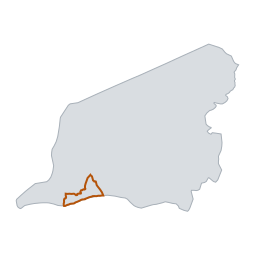 Ras Al Ain, Hasaka (Al Haksa), Syria (highlighted), rotated 187°
{"feature_id": "27442178B16567144851356", "entity_name": "Ras Al Ain", "entity_type": "district", "adm_level": 2, "iso_a3": "SYR", "parent_name": "Syria", "parent_adm1": "Hasaka (Al Haksa)", "projection": "albers", "projection_center": [39.989, 36.654], "detail": "fine", "context": "in_parent", "style": "outline", "palette": "amber", "viewbox_px": 256, "rotation_deg": 187, "n_neighbors": 0, "source": "geoboundaries", "source_scale": "gbopen_adm2", "svg_char_len": 4219}
<svg xmlns="http://www.w3.org/2000/svg" viewBox="0 0 256 256"><g transform="rotate(187 128 128)"><path d="M34.4,84.9L36.6,85.3L41.4,88.4L42.2,88.4L43.8,84.5L45.3,83.3L48.3,82.2L49.4,76.0L50.9,74.8L52.6,74.2L55.2,74.2L57.4,73.9L57.6,72.8L54.7,65.4L55.1,63.6L56.8,56.3L57.9,53.5L58.8,52.6L62.4,53.1L67.3,54.5L68.5,56.7L70.9,58.6L74.6,58.6L78.8,59.1L82.1,59.3L84.7,58.0L90.7,55.7L93.7,55.0L96.4,53.9L105.0,50.1L108.4,50.4L110.8,51.0L112.6,51.7L116.6,54.5L119.9,57.3L122.2,58.2L126.4,58.2L132.5,58.8L140.0,58.8L144.3,58.0L149.9,56.7L159.8,53.4L172.9,46.5L180.5,43.1L183.8,42.7L188.1,42.6L192.4,43.5L197.3,44.0L199.5,43.9L204.8,43.2L211.6,41.7L215.9,40.4L221.0,38.5L224.2,35.3L225.2,34.9L226.6,35.5L227.2,35.7L228.6,37.4L230.0,41.9L230.1,42.4L229.8,43.7L226.5,47.6L222.0,52.7L218.8,56.0L213.3,61.5L209.2,62.7L202.1,64.8L200.3,66.7L198.6,69.8L197.6,74.0L197.3,76.6L197.2,81.5L198.9,86.5L200.6,91.3L200.8,94.5L200.7,97.7L199.2,101.1L197.6,105.7L196.7,111.0L196.3,120.8L196.4,129.1L196.3,130.5L193.4,136.4L190.0,143.3L188.4,144.9L180.8,147.0L172.5,152.1L163.2,157.8L154.7,162.9L145.7,168.3L136.4,173.8L129.8,177.7L120.8,182.9L112.6,187.9L104.3,192.9L98.0,196.7L88.3,202.7L82.6,206.2L74.2,211.3L66.8,215.8L58.1,221.1L47.3,219.0L44.0,217.9L41.3,215.2L39.3,213.7L34.2,212.0L31.2,206.9L29.3,205.1L25.9,204.2L27.5,201.0L27.9,198.9L29.5,196.4L28.6,194.7L28.3,191.1L27.7,190.2L27.5,189.3L28.1,188.1L27.9,187.0L27.4,186.4L27.2,184.6L26.8,183.3L27.1,181.7L27.9,180.7L28.7,178.7L29.7,178.1L31.1,176.9L31.6,175.7L32.9,174.4L34.7,173.4L35.1,172.6L34.9,172.1L33.2,171.1L32.3,169.4L33.2,167.0L33.8,166.3L34.9,165.1L37.3,163.4L39.1,163.2L40.6,163.3L43.2,163.5L45.3,163.9L45.8,163.5L45.7,162.9L43.3,161.3L43.2,160.2L43.9,158.9L45.7,157.0L47.9,155.7L49.0,155.4L51.5,152.6L53.2,149.4L51.0,141.4L49.5,140.1L47.1,138.9L45.6,138.7L45.5,138.2L47.6,136.2L49.0,134.5L47.5,132.8L44.9,131.9L43.8,133.6L40.3,133.6L34.9,133.4L32.9,124.9L32.7,121.3L32.9,117.1L34.8,111.0L34.2,108.1L34.2,106.2L33.9,103.6L29.9,97.7L32.6,87.4L34.4,84.9Z" fill="#d9dde1" stroke="#a8b0b8" stroke-width="1"/><path d="M181.8,55.2L181.7,54.7L181.7,53.9L181.5,53.1L181.1,52.2L181.0,51.5L181.1,51.2L181.2,50.8L181.8,50.3L182.3,50.3L182.5,49.9L182.7,49.5L182.7,48.5L182.5,47.2L182.4,46.6L182.5,46.0L182.6,44.8L182.4,43.9L182.4,43.6L182.3,43.4L182.0,42.8L181.9,42.8L181.6,42.9L181.0,43.0L180.6,43.1L180.1,43.5L179.7,43.8L178.7,44.3L178.4,44.5L177.6,44.7L177.4,44.8L176.8,45.3L175.7,45.8L175.3,45.9L174.4,46.1L173.2,46.3L172.6,46.5L172.0,46.9L171.9,46.9L171.7,47.1L171.4,47.4L171.3,47.6L170.9,47.8L170.7,47.9L170.6,48.0L170.4,48.1L170.0,48.3L169.6,48.5L169.4,48.6L169.2,48.7L168.2,49.3L167.7,49.6L167.2,49.9L167.0,50.0L166.5,50.5L166.3,50.6L166.0,50.8L165.9,50.9L165.6,51.1L164.8,51.4L164.6,51.5L164.1,51.6L163.3,51.7L162.9,51.8L162.3,52.0L162.0,52.1L161.8,52.2L161.8,52.3L161.7,52.3L161.5,52.6L161.4,52.7L161.2,52.8L160.9,53.0L160.4,53.2L160.2,53.3L159.9,53.5L159.6,53.6L159.4,53.8L159.0,54.0L158.2,54.5L157.7,54.7L157.2,54.9L156.1,55.3L155.7,55.5L155.4,55.6L155.0,55.9L154.8,56.0L154.6,56.1L154.3,56.1L154.0,56.2L153.8,56.2L153.5,56.3L151.0,56.5L150.9,56.5L150.7,56.6L150.1,56.8L149.7,57.0L149.4,57.1L149.0,57.2L148.3,57.2L148.1,57.3L147.8,57.3L147.6,57.3L147.3,57.4L147.2,57.4L146.2,57.7L145.7,57.8L145.1,57.9L144.5,58.0L144.4,58.0L144.7,58.7L145.6,60.2L146.2,61.2L147.2,62.3L148.0,63.3L149.4,64.7L150.1,65.4L151.2,66.5L152.1,67.5L153.3,70.6L153.5,70.5L153.5,70.4L153.7,70.5L153.8,70.5L154.0,70.7L154.0,70.8L154.3,70.9L154.3,71.0L154.5,71.0L154.6,70.9L154.8,70.9L154.8,71.0L155.0,71.0L156.2,71.8L156.3,71.8L157.7,75.2L158.0,75.7L159.0,76.3L159.4,76.6L159.6,76.9L159.8,76.6L161.5,74.2L162.0,73.5L162.9,69.4L163.0,69.0L163.2,68.2L163.3,67.7L163.5,66.2L163.6,65.7L163.6,65.4L163.5,64.0L163.3,63.2L162.9,62.4L163.1,62.0L163.8,61.6L164.4,61.6L164.8,61.7L165.3,61.3L165.7,60.8L165.8,60.7L166.3,60.6L166.8,60.6L167.0,60.3L167.1,60.2L167.4,59.3L167.5,58.9L166.9,58.1L166.7,57.7L166.9,57.2L167.7,57.0L168.3,57.1L168.8,56.9L169.1,56.8L169.8,56.6L170.3,56.3L170.3,56.1L170.2,55.6L170.2,55.4L170.3,55.3L170.7,55.1L170.8,55.1L171.4,55.0L171.5,55.1L172.1,55.4L172.7,55.8L173.2,56.1L174.2,56.1L175.8,55.7L178.2,55.6L180.1,55.2L181.8,55.2Z" fill="none" stroke="#b45309" stroke-width="2"/></g></svg>